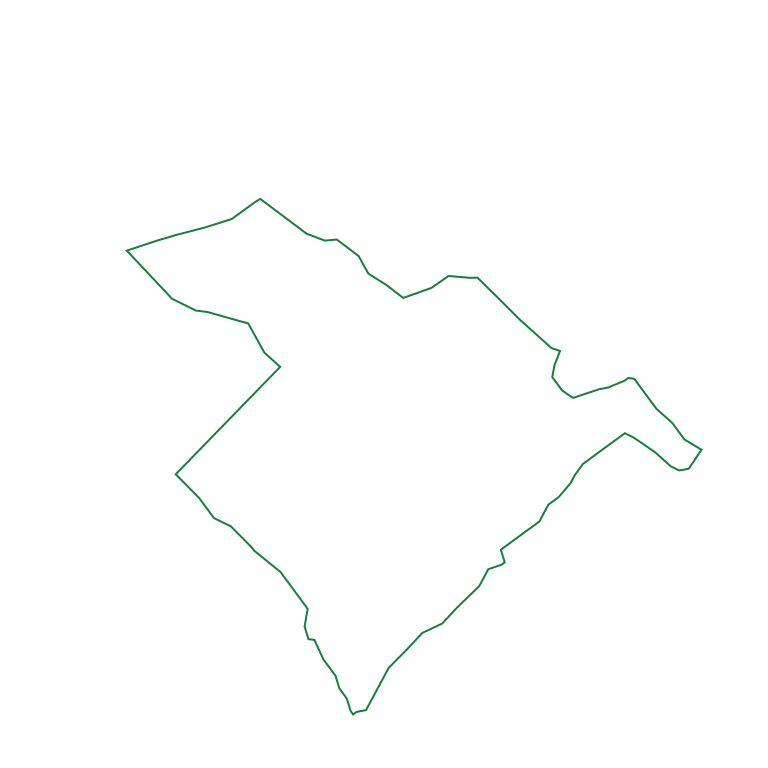 outline of Kesm Mallawi, Al Minya, Egypt, rotated 235°
{"feature_id": "37247803B87955288089668", "entity_name": "Kesm Mallawi", "entity_type": "district", "adm_level": 2, "iso_a3": "EGY", "parent_name": "Egypt", "parent_adm1": "Al Minya", "projection": "robinson", "projection_center": [30.827, 27.729], "detail": "fine", "context": "isolated", "style": "outline", "palette": "green", "viewbox_px": 768, "rotation_deg": 235, "n_neighbors": 0, "source": "geoboundaries", "source_scale": "gbopen_adm2", "svg_char_len": 1450}
<svg xmlns="http://www.w3.org/2000/svg" viewBox="0 0 768 768"><g transform="rotate(235 384 384)"><path d="M640.8,249.8L575.3,259.3L552.2,271.9L544.1,280.8L527.8,294.1L511.5,307.5L478.2,304.0L457.6,308.8L429.5,161.6L396.6,167.2L371.7,167.8L371.1,168.1L370.5,168.5L363.5,172.3L355.3,176.9L326.3,181.9L322.2,182.0L305.7,186.7L289.2,191.4L276.7,191.7L256.0,192.2L243.6,192.5L230.8,179.8L218.3,175.8L214.3,180.2L193.4,176.4L172.7,176.9L160.2,172.8L147.7,173.1L135.2,169.1L131.0,169.2L131.1,173.5L127.2,182.3L131.5,190.8L140.2,208.0L148.8,225.1L153.5,251.0L158.1,272.6L154.4,294.3L159.0,315.8L163.8,346.1L172.5,363.2L168.6,376.3L168.7,380.6L179.8,384.2L180.5,384.4L181.2,384.7L181.7,406.3L181.9,415.0L182.2,432.3L190.9,449.5L191.0,453.8L191.2,462.4L195.7,479.7L200.0,488.2L204.4,501.1L204.8,518.5L205.1,531.5L205.5,553.1L197.3,557.6L185.0,562.3L172.6,566.9L152.0,571.7L143.8,576.3L139.8,585.0L148.0,606.4L166.1,598.3L186.8,597.8L207.5,592.9L224.0,592.5L236.4,592.2L244.7,592.0L248.8,587.6L248.7,583.2L252.5,565.8L256.4,557.0L260.3,543.9L264.2,530.9L264.9,530.6L265.6,530.3L276.5,526.2L293.1,525.8L301.5,534.3L310.1,547.1L317.3,541.8L337.9,537.0L358.6,532.2L387.5,527.1L417.6,521.5L421.5,515.5L435.5,498.8L435.5,478.1L443.5,449.1L463.5,442.8L477.9,436.8L483.5,434.5L503.4,436.6L529.4,428.2L535.4,417.8L551.5,406.8L606.6,388.8L607.0,381.5L606.5,354.0L614.8,327.4L625.1,299.8L631.6,280.4L640.8,249.8Z" fill="none" stroke="#15803d" stroke-width="2"/></g></svg>